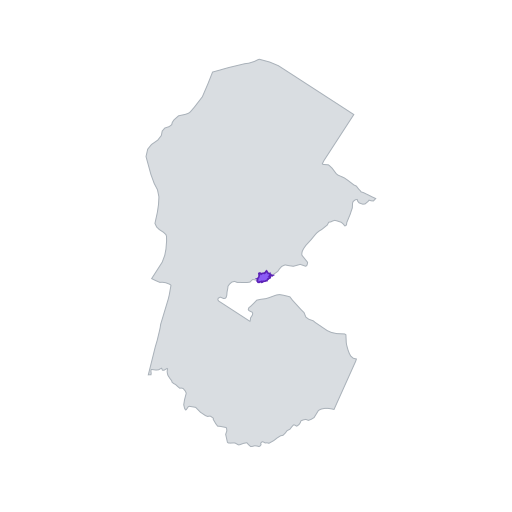 location of Mufulira, Copperbelt, Zambia, rotated 123°
{"feature_id": "96606910B37180348733704", "entity_name": "Mufulira", "entity_type": "district", "adm_level": 2, "iso_a3": "ZMB", "parent_name": "Zambia", "parent_adm1": "Copperbelt", "projection": "mercator", "projection_center": [28.196, -12.561], "detail": "fine", "context": "in_parent", "style": "filled", "palette": "violet", "viewbox_px": 512, "rotation_deg": 123, "n_neighbors": 0, "source": "geoboundaries", "source_scale": "gbopen_adm2", "svg_char_len": 6814}
<svg xmlns="http://www.w3.org/2000/svg" viewBox="0 0 512 512"><g transform="rotate(123 256 256)"><path d="M331.8,331.2L312.2,331.3L305.1,332.9L299.2,335.3L292.2,339.1L288.2,341.8L287.1,343.2L286.5,346.5L286.5,351.5L285.8,355.1L283.7,358.5L273.1,362.5L266.1,365.7L259.3,369.6L254.1,374.7L250.6,380.9L244.8,388.6L232.5,402.4L225.4,405.0L219.4,404.4L212.3,401.5L206.5,401.0L202.3,402.7L198.4,402.2L194.8,399.3L191.8,398.2L189.4,399.0L186.3,398.9L180.6,397.3L175.7,392.4L173.1,390.4L171.0,389.6L165.2,388.8L151.7,387.7L137.7,390.1L125.4,392.6L112.9,381.6L100.8,370.1L98.3,367.1L93.7,363.3L90.5,361.4L89.2,360.4L85.9,350.2L84.2,340.8L84.1,251.0L139.0,251.0L142.5,250.6L142.7,249.7L140.1,244.9L140.3,243.2L140.9,240.0L143.3,233.5L143.5,231.4L142.4,224.4L142.5,220.5L143.1,212.5L142.7,209.9L144.0,206.3L144.5,204.0L145.0,202.9L144.3,200.3L143.2,190.9L142.6,186.9L145.9,187.5L147.0,189.5L147.6,191.6L149.1,191.7L153.0,192.9L154.4,194.7L155.3,198.4L154.7,200.4L153.5,201.9L154.7,203.3L157.3,204.2L158.9,203.9L163.3,201.4L167.3,200.4L169.4,199.8L178.5,198.1L180.3,197.2L181.5,197.2L182.4,197.9L181.6,200.5L181.3,202.9L182.5,207.4L183.3,209.5L185.2,211.0L186.6,211.8L188.1,213.4L191.2,213.1L198.2,215.4L200.3,216.5L203.2,217.5L205.3,217.9L212.4,218.7L220.0,220.0L223.9,220.1L226.7,219.8L228.6,219.1L229.8,218.4L230.4,217.8L233.2,209.3L234.7,208.6L236.5,208.2L237.6,208.9L238.9,214.3L244.3,219.1L246.2,223.2L247.6,226.7L248.8,227.6L250.8,228.8L254.1,229.3L257.1,229.4L271.8,235.3L273.4,236.4L275.2,239.6L276.3,243.2L277.5,246.0L279.4,246.5L281.1,246.8L282.8,248.7L284.0,250.4L288.4,257.4L289.0,260.2L291.1,262.1L294.0,262.9L296.7,263.0L298.2,262.2L301.9,260.7L304.9,259.1L307.0,258.5L308.3,258.8L309.3,260.0L309.9,263.5L312.0,264.7L313.5,264.2L314.1,262.8L314.1,262.1L314.1,225.5L312.8,225.8L311.1,226.8L307.2,226.9L305.7,227.7L305.2,228.8L305.5,230.4L305.6,232.4L305.0,233.4L303.3,233.8L300.8,233.0L296.3,232.0L292.6,231.3L289.9,228.6L286.3,224.4L283.9,222.4L278.2,218.1L277.2,217.2L275.5,215.2L274.0,211.7L272.6,207.8L271.8,205.3L273.2,201.4L276.5,188.8L277.3,184.9L280.1,180.9L280.3,177.3L279.2,172.7L279.5,170.2L279.8,155.8L279.1,151.3L277.2,146.2L273.1,139.2L273.1,137.7L279.4,133.2L281.3,131.5L284.6,127.8L286.9,124.7L288.3,122.1L288.8,118.8L287.7,115.7L289.9,115.1L342.2,107.0L343.0,109.2L344.6,112.7L346.4,115.4L348.6,117.7L350.5,119.0L351.8,119.5L359.9,119.3L362.8,120.7L365.3,122.5L365.9,125.2L367.6,127.0L369.4,128.3L370.2,128.5L371.5,128.1L373.6,128.1L375.6,128.7L376.6,129.3L376.7,131.6L377.3,132.6L380.0,133.0L382.8,133.2L385.5,134.8L388.4,135.0L391.7,135.7L393.3,137.4L396.9,139.1L401.2,140.6L406.1,143.2L406.2,144.0L407.0,145.5L407.8,146.5L407.9,148.1L408.3,149.6L409.5,150.0L410.5,150.1L411.5,149.0L412.8,149.0L414.2,149.7L414.7,151.4L415.8,153.7L417.5,155.2L418.7,156.7L418.3,159.5L417.6,162.0L420.0,164.5L423.1,166.8L424.0,167.9L424.2,171.4L424.7,172.6L426.8,175.5L427.9,177.4L427.8,178.5L422.1,184.3L418.6,185.2L417.0,186.4L416.1,187.6L418.4,193.3L419.6,195.5L418.6,198.3L416.3,202.9L415.3,203.3L415.1,206.8L415.8,208.1L416.9,209.1L417.4,211.5L417.3,217.5L415.8,224.2L418.4,230.1L419.3,230.7L422.9,230.8L423.5,231.3L422.6,233.0L420.1,235.6L415.6,237.6L409.0,239.8L407.7,241.9L406.8,245.0L407.5,246.9L408.4,247.9L408.1,250.6L407.6,253.5L407.8,255.8L407.5,257.8L406.6,258.7L405.5,261.7L404.1,264.8L402.9,266.2L401.3,267.6L398.7,268.8L398.8,269.4L401.7,270.8L402.5,271.8L402.7,272.4L401.5,274.0L402.9,274.9L404.5,275.7L406.1,277.7L407.9,281.5L408.2,281.9L408.7,281.9L409.7,281.5L411.5,280.0L412.8,279.4L414.3,281.6L387.0,291.0L380.6,292.9L371.0,296.3L367.9,297.5L365.4,298.7L340.0,306.1L336.0,307.5L327.0,311.3L326.7,311.9L326.8,313.6L327.6,317.2L329.1,320.4L330.5,322.3L331.3,327.0L331.8,331.2Z" fill="#d9dde1" stroke="#a8b0b8" stroke-width="1"/><path d="M263.6,235.6L263.6,235.8L263.7,236.0L263.8,236.0L263.9,236.3L264.0,236.4L263.9,236.5L263.7,236.8L263.6,237.0L263.4,237.3L263.3,237.6L262.7,238.9L262.8,238.9L262.9,239.0L263.0,239.0L263.3,239.0L263.3,238.9L263.3,239.0L263.5,238.9L263.5,239.0L263.8,239.1L263.9,239.3L264.0,239.3L264.3,239.3L264.5,239.3L264.6,239.2L264.8,239.1L265.1,239.0L265.3,239.1L265.5,239.1L265.8,239.0L265.7,239.1L265.8,239.2L266.0,239.4L265.9,239.5L266.0,239.6L266.0,239.8L265.9,239.9L266.1,240.0L266.3,240.2L266.3,240.3L266.4,240.5L266.5,240.7L266.6,240.8L266.8,240.9L267.0,241.0L267.3,241.2L267.3,241.3L267.5,241.4L267.8,241.5L267.7,241.5L267.8,241.8L268.0,241.9L268.3,241.8L268.3,242.1L268.5,242.2L268.5,242.3L268.3,242.3L268.3,242.5L268.2,242.5L267.9,242.7L267.9,242.8L268.0,242.9L268.2,243.0L268.1,243.3L268.3,243.5L268.5,243.7L268.5,243.8L268.4,243.8L268.2,243.8L268.3,243.8L268.4,244.0L268.7,244.1L268.8,244.1L269.0,244.1L269.3,244.1L269.5,244.0L269.6,243.8L269.6,243.7L269.8,243.5L269.8,243.3L269.9,243.2L270.0,243.2L270.2,242.9L270.3,242.8L270.3,242.7L270.5,242.6L270.8,242.8L271.1,242.7L271.3,242.5L271.4,242.4L271.6,242.4L272.0,242.3L272.1,242.2L272.4,242.1L272.5,242.1L272.8,242.2L273.0,242.3L273.3,242.3L273.6,242.3L273.8,242.3L274.0,242.4L274.1,242.2L274.3,242.2L274.6,242.6L274.6,242.4L274.7,242.2L274.8,242.2L274.9,241.8L275.0,241.6L275.5,241.6L275.7,241.4L275.8,241.5L276.0,241.6L276.4,241.5L276.4,241.4L276.5,241.2L276.5,240.8L276.6,240.5L276.7,240.4L276.8,240.3L276.8,240.2L277.0,240.1L277.0,239.9L276.9,239.8L276.7,239.7L276.7,239.4L276.5,239.2L276.4,239.2L276.2,239.0L276.2,238.9L275.9,238.9L275.9,238.6L275.7,238.5L275.4,238.5L275.3,238.3L275.3,238.2L274.9,238.0L274.9,237.9L274.6,237.9L274.4,237.8L274.2,237.5L274.1,237.4L274.3,237.3L274.3,237.2L274.5,236.9L274.4,236.7L274.4,236.4L274.5,236.4L274.4,236.3L274.2,236.3L274.0,236.2L273.9,236.1L273.5,236.0L273.4,235.9L273.0,235.9L272.9,235.7L272.8,235.4L272.7,235.3L272.6,235.1L272.4,234.9L272.3,234.7L272.1,234.6L271.9,234.4L271.6,234.5L271.5,234.4L271.4,234.3L271.4,234.2L271.3,233.9L271.1,233.8L271.0,233.7L270.8,233.4L270.7,233.5L270.4,233.5L270.3,233.4L270.2,233.4L269.8,233.6L269.5,233.7L269.4,233.6L269.3,233.4L269.2,233.3L269.0,233.1L268.9,233.1L268.6,233.2L268.6,233.3L268.4,233.5L268.3,233.4L268.1,233.5L267.9,233.4L267.8,233.0L267.7,233.0L267.4,232.9L267.3,233.0L267.0,233.0L266.9,232.9L266.7,232.7L266.8,232.5L266.9,232.3L266.7,232.2L266.3,232.2L266.2,232.4L266.1,232.5L265.9,232.7L265.6,232.8L265.5,233.1L265.5,233.3L265.6,233.5L265.7,233.8L265.5,233.7L265.4,233.7L265.1,233.9L265.0,234.0L264.9,234.0L264.8,233.8L264.8,233.7L264.7,233.6L264.5,233.2L264.4,232.9L264.2,232.7L264.1,232.2L263.9,232.0L263.9,231.8L263.7,231.4L263.3,231.4L263.1,231.3L263.2,231.5L263.3,231.6L263.5,231.6L263.5,231.9L263.5,232.1L263.6,232.3L263.6,232.5L263.6,232.8L263.6,233.0L263.5,233.3L263.5,233.5L263.4,233.6L263.4,233.8L263.4,234.0L263.3,234.3L263.2,234.5L263.3,234.6L263.2,234.7L263.3,234.7L263.3,234.8L263.6,235.0L263.7,235.3L263.7,235.5L263.6,235.6Z" fill="#8b5cf6" stroke="#5b21b6" stroke-width="1.5"/></g></svg>